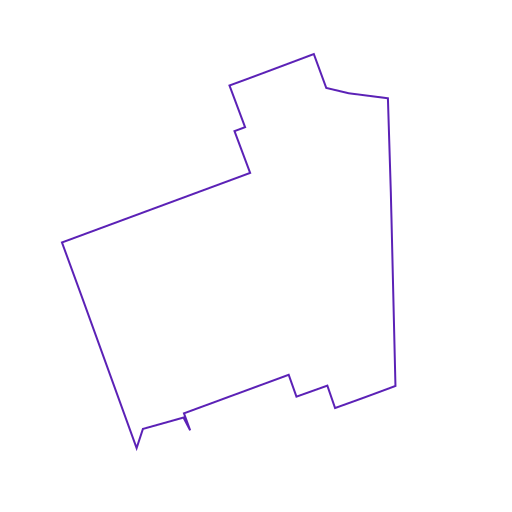 Carroll, Mississippi, United States of America, rotated 250°
{"feature_id": "52423323B85460642411407", "entity_name": "Carroll", "entity_type": "district", "adm_level": 2, "iso_a3": "USA", "parent_name": "United States of America", "parent_adm1": "Mississippi", "projection": "mercator", "projection_center": [-89.927, 33.446], "detail": "fine", "context": "isolated", "style": "outline", "palette": "violet", "viewbox_px": 512, "rotation_deg": 250, "n_neighbors": 0, "source": "geoboundaries", "source_scale": "gbopen_adm2", "svg_char_len": 482}
<svg xmlns="http://www.w3.org/2000/svg" viewBox="0 0 512 512"><g transform="rotate(250 256 256)"><path d="M116.3,78.1L132.2,90.6L129.0,132.6L114.7,134.5L132.8,134.5L133.2,246.1L110.0,245.9L109.8,278.7L86.1,278.3L86.0,311.2L86.2,342.6L245.1,396.2L252.9,398.8L269.2,404.3L359.1,433.9L377.2,398.8L389.9,379.5L426.0,379.4L425.4,317.2L425.3,289.4L391.4,289.7L380.8,289.8L380.7,278.5L336.1,278.9L335.1,78.3L276.4,78.4L116.3,78.1Z" fill="none" stroke="#5b21b6" stroke-width="2"/></g></svg>